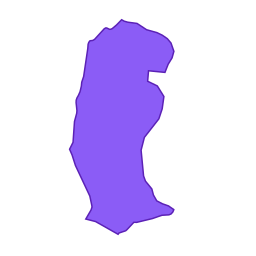 the border of Tashi Yangtse, rotated 7°
{"feature_id": "BTN-2484", "entity_name": "Tashi Yangtse", "entity_type": "District", "adm_level": 1, "iso_a3": "BTN", "parent_name": "Bhutan", "parent_adm1": "", "projection": "equal_earth", "projection_center": [91.488, 27.679], "detail": "fine", "context": "isolated", "style": "filled", "palette": "violet", "viewbox_px": 256, "rotation_deg": 7, "n_neighbors": 0, "source": "natural_earth", "source_scale": "10m", "svg_char_len": 1038}
<svg xmlns="http://www.w3.org/2000/svg" viewBox="0 0 256 256"><g transform="rotate(7 128 128)"><path d="M108.5,21.3L111.1,22.4L114.8,23.0L124.2,23.1L134.5,28.2L145.1,29.8L150.7,31.7L156.2,34.6L160.3,38.4L164.2,46.3L163.2,53.0L160.1,59.8L157.9,68.3L141.4,68.7L141.8,79.2L152.0,82.7L159.8,92.4L159.6,104.8L157.5,115.2L145.4,135.3L143.7,148.4L149.3,173.7L151.8,178.6L159.1,185.6L161.4,191.4L165.4,196.8L171.3,199.0L177.7,200.4L183.4,203.4L183.3,204.0L182.7,206.0L181.2,208.1L179.2,209.2L172.2,210.5L163.3,214.9L148.1,220.6L145.3,220.9L139.3,229.1L138.2,230.3L131.9,233.3L131.1,234.7L107.2,224.8L97.2,223.5L101.3,213.9L101.9,210.9L101.6,209.5L98.4,200.2L80.4,171.6L75.8,161.6L72.6,156.2L75.2,148.9L74.1,128.0L75.3,119.6L75.2,117.0L73.4,109.2L73.2,106.7L73.7,104.3L74.8,101.7L76.0,97.7L76.6,92.1L76.5,88.2L77.7,82.3L78.4,53.8L78.2,49.8L78.6,47.9L79.4,46.3L80.5,45.8L81.7,45.6L82.8,45.1L84.1,44.0L92.4,32.3L93.9,31.3L95.0,31.4L97.6,32.3L98.8,32.1L100.2,31.3L104.0,27.2L108.5,21.3Z" fill="#8b5cf6" stroke="#5b21b6" stroke-width="1.5"/></g></svg>